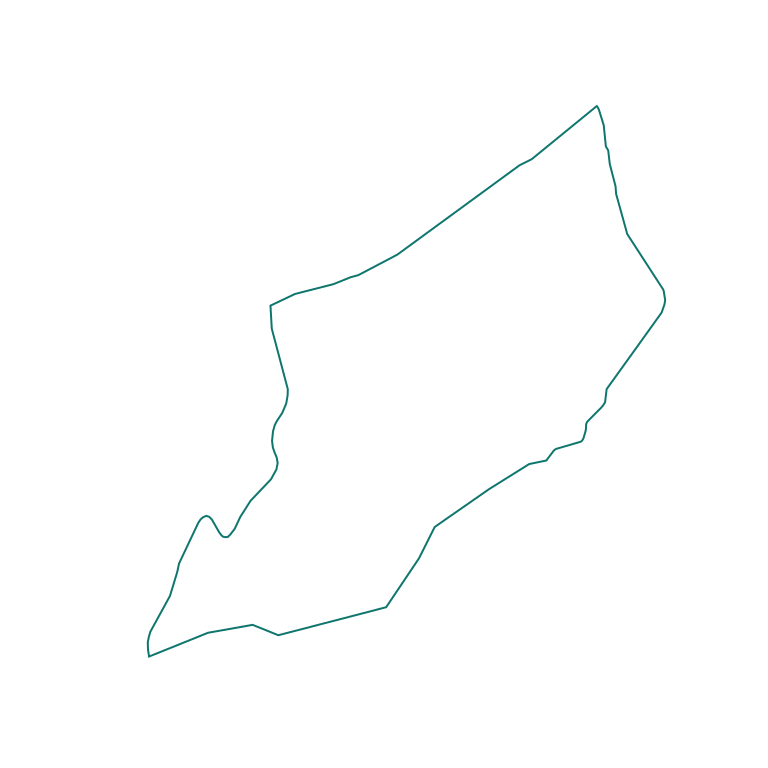 the State of Eastern Darfur, rotated 256°
{"feature_id": "SDN-5857", "entity_name": "Eastern Darfur", "entity_type": "State", "adm_level": 1, "iso_a3": "SDN", "parent_name": "Sudan", "parent_adm1": "", "projection": "albers", "projection_center": [26.343, 11.27], "detail": "fine", "context": "isolated", "style": "outline", "palette": "teal", "viewbox_px": 768, "rotation_deg": 256, "n_neighbors": 0, "source": "natural_earth", "source_scale": "10m", "svg_char_len": 1325}
<svg xmlns="http://www.w3.org/2000/svg" viewBox="0 0 768 768"><g transform="rotate(256 384 384)"><path d="M406.6,677.9L397.3,677.1L393.2,675.3L386.1,670.6L355.6,634.7L325.2,598.8L312.8,594.1L310.5,591.7L308.6,589.2L299.0,573.3L298.1,572.0L297.5,571.5L296.5,570.7L296.0,570.4L291.6,569.1L289.2,568.0L283.4,564.6L282.1,563.6L281.1,562.4L280.7,561.7L280.4,560.8L279.4,535.5L279.2,534.6L278.9,533.8L278.1,532.4L271.1,523.7L270.5,523.2L271.2,505.5L256.5,460.3L233.0,398.6L206.5,375.9L166.9,332.1L165.8,220.7L182.1,198.2L185.2,153.1L176.4,90.1L183.6,90.8L190.5,92.3L195.8,94.8L200.2,97.4L230.2,125.1L251.6,137.9L259.4,141.7L294.2,170.2L297.0,173.3L298.6,176.4L299.0,179.7L297.4,182.3L294.1,184.2L279.7,188.3L276.5,189.7L274.8,190.9L274.0,192.3L273.3,195.3L275.1,198.4L279.6,204.1L289.8,212.4L303.0,226.3L318.9,251.3L327.1,258.9L333.0,261.7L338.8,262.1L343.8,261.3L349.2,260.8L355.9,261.6L365.0,264.9L370.4,268.0L373.6,270.7L380.6,278.3L388.7,284.4L396.2,287.7L402.2,289.4L464.9,288.5L487.5,292.8L492.9,319.4L493.1,359.0L495.7,377.6L495.8,384.6L495.8,385.2L506.3,428.2L563.4,568.3L566.4,581.7L590.8,633.5L602.2,657.7L600.5,658.4L597.9,658.9L581.9,659.8L561.2,656.8L560.3,656.9L557.0,657.9L556.0,658.0L542.9,656.3L519.8,656.5L512.4,655.2L470.6,656.3L408.3,677.7L406.6,677.9Z" fill="none" stroke="#0f766e" stroke-width="2"/></g></svg>